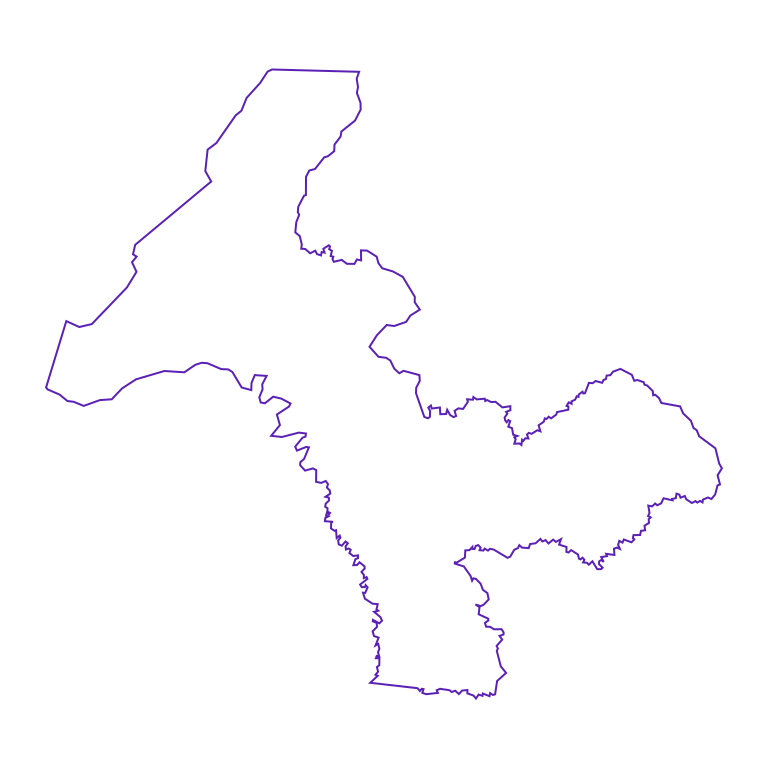 the district of Tambacounda, Tambacounda, Senegal
{"feature_id": "50182788B74600736318601", "entity_name": "Tambacounda", "entity_type": "district", "adm_level": 2, "iso_a3": "SEN", "parent_name": "Senegal", "parent_adm1": "Tambacounda", "projection": "orthographic", "projection_center": [-13.284, 13.521], "detail": "fine", "context": "isolated", "style": "outline", "palette": "violet", "viewbox_px": 768, "rotation_deg": 0, "n_neighbors": 0, "source": "geoboundaries", "source_scale": "gbopen_adm2", "svg_char_len": 6108}
<svg xmlns="http://www.w3.org/2000/svg" viewBox="0 0 768 768"><path d="M359.1,71.8L272.0,69.5L267.6,71.6L260.1,83.0L246.6,97.9L241.4,110.8L235.8,115.2L216.4,143.0L207.6,149.6L205.3,171.1L211.2,181.5L135.2,244.8L133.0,254.3L136.6,256.6L132.0,262.2L136.5,271.8L126.9,287.5L91.8,324.1L79.2,327.0L66.3,321.1L46.1,387.4L47.6,389.4L59.6,394.6L67.4,401.0L73.7,401.8L83.7,405.9L99.9,400.1L111.7,399.3L122.2,388.3L136.1,379.3L164.4,371.0L184.3,372.3L195.3,364.8L201.6,362.8L207.4,363.2L221.2,369.1L228.2,369.4L232.4,372.0L241.7,387.5L251.3,390.1L251.5,383.0L254.8,375.1L266.6,375.9L262.2,384.4L262.6,389.3L259.3,397.3L260.7,402.5L264.9,403.3L273.2,396.7L281.3,398.6L290.5,403.5L289.1,406.5L276.9,414.5L279.9,425.1L271.2,435.8L281.9,437.0L298.9,432.6L305.9,433.5L305.5,436.6L302.5,437.7L295.2,446.7L297.0,450.6L306.0,447.0L308.9,447.3L304.1,458.9L300.3,462.2L300.2,465.3L305.1,470.6L312.9,468.4L316.2,470.1L316.1,481.8L321.2,482.9L325.7,481.0L328.0,484.1L326.9,487.5L329.7,490.4L330.3,493.6L325.5,496.8L328.8,497.6L329.0,500.5L325.7,503.7L325.2,506.8L327.5,508.2L327.5,511.7L330.0,512.9L329.0,514.3L326.9,512.7L326.1,515.7L328.4,516.3L325.3,518.0L324.9,521.2L332.9,521.8L331.2,522.5L331.0,528.4L334.4,530.8L336.0,530.2L336.7,538.1L339.7,535.6L340.4,537.7L338.1,540.5L338.8,544.4L341.8,545.7L345.5,541.5L347.8,543.3L345.6,546.4L345.9,549.5L348.7,548.5L350.7,549.8L349.4,553.0L353.2,556.0L358.0,555.4L358.0,558.1L355.4,559.2L353.4,565.2L357.1,565.0L359.5,562.3L364.5,566.3L364.7,568.5L361.5,571.9L363.9,575.0L363.8,578.1L366.6,577.1L367.4,578.9L360.1,584.5L361.7,587.1L364.9,587.1L365.6,585.1L367.6,587.3L365.2,592.9L363.0,592.7L364.9,598.7L372.5,603.7L377.7,604.1L376.5,609.4L378.2,610.7L374.1,611.8L380.5,617.2L382.0,620.7L379.3,623.3L373.0,619.9L372.8,621.3L376.7,622.9L377.0,626.9L372.6,631.3L374.0,636.1L378.6,637.6L375.5,645.5L378.2,643.9L379.4,648.7L378.0,652.3L379.2,656.4L376.8,655.9L375.9,658.2L379.4,658.2L379.3,665.2L376.9,667.1L378.1,671.6L375.5,674.8L377.7,675.8L370.2,682.8L417.5,688.2L419.9,691.0L421.7,688.8L423.5,689.1L422.3,692.8L426.1,694.2L437.9,692.9L436.7,690.3L440.0,688.8L449.5,690.2L451.7,692.0L455.2,690.7L458.9,694.1L462.0,690.6L467.4,690.0L467.4,693.4L473.4,695.5L476.0,698.5L478.6,694.6L482.5,695.8L482.8,693.5L489.5,696.2L490.1,693.1L492.9,695.0L495.1,694.3L497.1,681.0L506.1,672.9L500.8,666.4L496.8,650.9L497.9,648.5L496.6,645.9L502.2,639.6L499.5,635.9L503.5,634.5L503.6,632.4L501.6,629.2L494.0,629.3L490.0,626.8L486.1,626.7L485.0,622.9L488.4,620.4L488.1,618.6L478.7,614.3L479.5,607.1L475.5,604.5L480.7,606.1L483.9,604.5L488.7,599.4L487.4,593.1L482.8,589.7L480.7,583.8L475.9,578.9L473.4,578.3L472.1,580.7L470.5,575.8L463.8,566.4L454.8,563.6L455.0,562.2L456.7,562.6L464.9,557.6L465.3,550.4L469.5,550.1L472.4,546.9L472.5,548.9L474.5,549.1L475.8,545.9L478.2,545.1L480.6,547.6L479.6,550.2L483.5,550.5L484.6,548.6L488.0,550.6L490.0,548.8L493.6,549.5L507.5,557.8L510.2,556.7L514.3,549.7L517.8,548.2L519.3,545.2L522.0,547.6L528.7,548.1L530.1,544.0L535.6,543.3L540.4,538.9L542.4,541.5L545.5,540.1L548.5,543.5L553.1,539.6L555.9,541.9L561.0,539.1L559.1,544.6L566.5,547.0L566.4,551.9L568.5,552.5L571.1,550.1L578.0,554.5L578.9,558.6L580.5,559.4L582.5,557.7L584.4,559.8L583.1,562.4L587.0,562.8L588.8,564.7L592.4,561.3L597.2,569.1L601.2,569.1L602.6,567.7L598.9,564.0L599.2,561.3L601.3,560.0L603.7,561.9L601.2,557.1L607.0,556.1L606.1,553.8L614.4,555.0L614.0,548.7L616.9,547.6L619.9,548.9L618.1,544.8L619.3,540.9L622.5,542.6L623.8,539.5L631.5,542.3L634.3,539.3L632.9,538.0L633.5,535.1L640.1,535.0L641.0,530.8L645.1,530.3L644.5,525.7L649.0,522.9L648.7,519.2L650.7,517.4L648.1,516.1L649.5,512.9L648.3,505.6L652.1,506.4L655.2,503.5L657.2,505.3L661.2,503.3L663.5,498.3L672.5,500.3L672.1,499.0L675.8,498.2L676.5,493.7L679.4,494.6L680.5,497.7L684.8,496.0L686.3,499.3L691.9,503.0L695.5,501.1L697.3,502.6L700.0,500.9L702.5,502.4L702.9,499.7L707.8,497.5L711.5,499.0L715.2,494.4L717.5,485.4L720.0,484.5L717.6,475.3L721.9,468.3L719.2,463.6L715.4,448.3L699.2,436.3L696.7,430.2L693.5,428.0L690.9,420.7L683.2,413.5L680.1,406.4L661.4,403.0L659.0,398.0L655.1,394.7L653.2,395.3L652.8,391.1L647.2,385.5L644.5,384.7L643.7,382.2L637.3,380.0L634.3,380.8L631.8,374.8L620.4,368.9L613.0,371.7L610.4,375.1L606.6,375.6L605.9,379.2L603.6,379.8L602.1,382.8L595.6,381.0L592.7,383.2L588.9,382.9L585.0,393.2L583.4,393.5L582.5,391.7L578.7,394.5L578.5,396.9L576.7,396.3L575.2,399.6L571.5,401.4L571.6,403.8L568.7,402.4L566.6,405.9L568.4,406.5L568.3,409.7L557.0,412.1L556.3,414.5L551.1,418.4L548.7,416.7L546.5,419.0L544.8,418.4L543.8,421.7L538.6,425.3L540.4,431.3L537.3,430.2L531.7,433.8L528.8,432.9L527.0,434.5L528.4,438.5L525.3,438.3L523.3,440.9L522.1,439.7L521.4,445.0L519.6,443.5L514.3,443.7L515.7,439.3L514.3,437.3L517.3,436.0L513.2,434.7L512.0,428.1L508.3,426.7L510.2,421.1L508.3,420.1L506.7,422.3L505.2,420.5L504.6,417.5L507.3,413.7L506.1,411.9L510.4,410.2L510.3,406.2L502.4,407.4L495.5,401.8L491.2,402.1L487.0,400.0L485.3,401.0L484.8,398.7L476.7,399.4L473.4,397.0L472.9,399.7L467.1,399.3L467.9,401.8L463.1,408.9L458.2,408.4L454.6,410.9L456.1,416.0L453.5,417.1L450.1,415.0L447.2,409.8L446.1,414.0L440.3,414.2L439.9,407.5L431.8,408.5L430.9,405.5L428.3,407.6L430.1,410.9L429.9,416.9L427.9,418.3L424.3,416.9L416.0,393.2L416.2,387.8L419.8,380.8L419.4,375.1L403.5,370.8L399.3,373.3L394.3,368.7L390.3,360.5L386.2,357.8L378.5,356.8L369.5,346.8L376.9,335.2L386.7,325.0L394.2,326.0L406.1,321.9L410.4,315.5L419.8,309.6L414.7,302.2L414.8,296.8L402.8,276.9L392.8,271.4L382.3,268.3L378.4,263.1L376.7,256.7L367.1,250.6L361.0,250.4L361.1,260.4L356.9,259.5L354.4,263.9L346.9,263.8L341.7,259.9L333.8,261.8L332.5,259.1L333.3,256.7L330.7,256.1L331.9,250.8L329.2,249.2L330.0,246.4L328.8,245.3L323.3,248.8L324.6,252.6L321.7,252.0L321.0,255.4L317.0,254.1L315.3,250.7L310.1,253.3L305.3,249.0L301.2,248.7L301.8,244.6L299.8,236.1L295.3,232.4L296.3,222.1L299.2,214.8L297.8,212.1L298.3,206.7L304.0,195.7L305.9,195.0L306.0,176.8L309.3,170.5L315.0,169.0L324.2,157.3L327.8,156.3L334.2,151.2L334.5,144.6L340.6,136.5L341.4,131.5L355.0,120.6L360.7,109.5L360.5,102.8L356.9,92.9L358.0,87.1L356.7,78.7L359.1,71.8Z" fill="none" stroke="#5b21b6" stroke-width="2"/></svg>